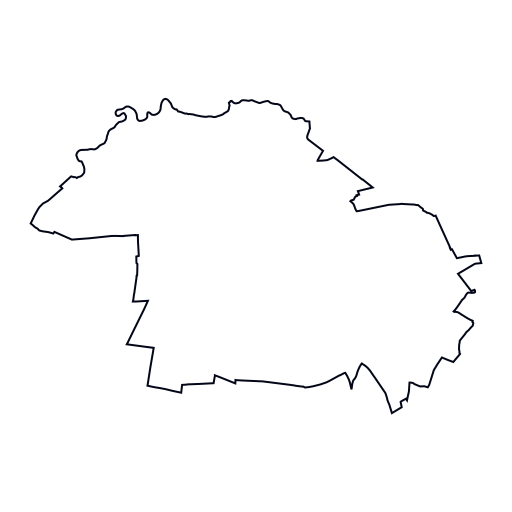 Brates, Covasna, Romania (Equal Earth projection)
{"feature_id": "2599482B24019470005720", "entity_name": "Brates", "entity_type": "district", "adm_level": 2, "iso_a3": "ROU", "parent_name": "Romania", "parent_adm1": "Covasna", "projection": "equal_earth", "projection_center": [26.08, 45.839], "detail": "fine", "context": "isolated", "style": "outline", "palette": "ink", "viewbox_px": 512, "rotation_deg": 0, "n_neighbors": 0, "source": "geoboundaries", "source_scale": "gbopen_adm2", "svg_char_len": 6037}
<svg xmlns="http://www.w3.org/2000/svg" viewBox="0 0 512 512"><path d="M126.8,344.3L153.7,347.9L150.5,366.5L147.5,385.7L153.9,387.1L160.1,388.1L165.3,389.1L172.7,390.9L181.2,392.7L182.1,384.9L186.8,384.6L187.2,384.4L200.2,383.9L213.6,383.2L214.9,375.7L214.9,375.3L220.9,377.6L235.3,383.4L235.5,380.0L235.8,380.1L242.5,380.5L262.8,381.4L290.5,384.9L294.7,385.5L295.2,385.7L302.2,386.6L303.5,386.6L304.0,387.0L305.0,387.5L308.7,387.1L312.6,386.4L320.2,384.5L326.6,382.3L329.6,380.8L339.4,375.4L339.8,375.4L344.0,373.2L345.2,372.8L345.7,373.5L347.3,376.2L348.8,379.4L349.8,382.3L351.5,389.4L352.0,386.0L352.2,384.3L352.9,381.4L353.4,380.3L355.0,378.3L355.9,376.7L356.3,375.8L357.6,371.4L358.7,368.8L359.4,367.2L360.1,366.0L361.1,364.4L361.8,363.5L365.4,365.9L367.5,367.7L370.0,370.6L373.9,376.3L375.2,378.1L383.5,390.3L385.3,392.9L386.4,396.0L387.2,398.7L387.4,400.0L388.1,401.9L389.3,404.6L391.9,413.1L401.7,407.2L400.6,401.9L401.0,401.5L403.4,400.1L406.0,398.7L407.0,400.3L407.7,396.9L408.9,391.6L409.5,382.6L410.9,382.6L413.0,383.0L414.3,384.0L418.5,385.8L420.5,386.5L421.6,386.3L422.7,386.4L424.1,386.2L427.8,387.3L429.2,384.9L433.8,370.2L437.1,364.7L441.9,357.5L448.2,360.1L453.3,362.0L460.1,353.9L459.5,353.1L459.4,352.8L459.5,351.8L459.0,349.1L459.2,344.4L459.6,342.7L459.8,340.6L465.2,333.9L465.3,333.6L466.5,332.0L468.5,330.3L471.2,327.2L472.4,326.1L472.8,325.5L472.9,324.6L473.3,323.5L473.2,322.9L473.0,322.4L472.4,321.9L472.7,320.8L469.9,319.6L467.2,318.1L461.9,314.8L458.4,312.5L456.8,312.0L455.3,311.8L454.2,311.9L453.6,311.4L454.9,310.1L456.6,307.9L460.9,301.7L461.6,300.6L461.7,300.3L464.5,297.7L465.9,295.0L467.1,293.4L468.0,292.7L468.7,292.6L469.5,292.7L470.8,292.7L471.6,292.9L473.0,292.8L474.0,292.7L475.0,292.2L475.0,291.5L474.9,290.4L474.5,289.8L471.2,291.0L458.0,273.8L474.2,264.2L475.3,263.7L475.9,263.6L481.3,263.1L479.2,255.5L475.6,255.6L475.1,255.5L475.0,255.8L468.5,256.1L465.6,256.4L456.9,258.2L452.0,249.3L450.8,249.8L450.0,248.1L450.3,248.0L449.2,245.5L442.2,230.1L438.7,222.4L436.1,216.6L435.7,215.6L433.8,216.1L432.4,214.9L429.5,213.3L426.6,212.6L426.3,212.1L423.1,210.5L422.9,209.0L422.7,208.7L420.7,207.3L418.4,205.3L417.8,205.0L416.6,205.1L414.6,204.6L403.0,204.0L402.0,203.8L399.6,204.1L388.8,204.8L360.5,210.6L358.0,211.1L356.6,211.2L355.3,208.8L354.5,206.4L353.6,204.2L351.7,202.2L350.4,201.2L351.0,200.5L353.7,199.7L355.2,196.8L356.4,196.1L356.9,196.0L356.6,195.2L359.1,194.6L357.9,191.1L372.7,187.5L362.6,179.4L362.2,179.5L337.3,159.9L333.5,157.1L332.0,158.0L327.6,160.0L325.8,160.3L322.3,160.6L317.6,160.8L317.8,159.9L323.0,150.8L308.7,139.9L308.1,139.4L307.4,138.5L307.3,137.9L307.1,137.1L307.2,136.5L307.3,135.8L310.0,128.3L309.9,128.2L309.4,121.5L305.8,121.2L305.4,121.1L305.1,120.8L303.5,118.5L302.0,118.0L301.0,117.9L297.9,118.4L297.0,118.6L296.3,119.0L295.7,119.1L293.2,118.7L292.5,118.3L291.9,117.7L291.4,116.8L290.6,114.9L288.4,112.6L287.0,112.0L284.4,111.2L283.1,110.0L280.7,105.7L280.2,105.2L278.8,104.5L276.9,104.0L275.2,104.0L272.5,103.5L270.8,102.9L269.9,102.4L268.5,101.2L268.1,101.1L267.3,101.0L264.7,101.5L262.0,102.3L260.8,102.8L259.8,103.0L258.6,102.8L255.1,101.5L252.1,100.2L251.1,100.2L249.0,100.8L246.8,100.6L246.0,100.4L243.4,100.2L241.9,100.4L240.8,101.1L239.9,102.1L238.7,102.8L236.4,103.3L235.0,103.3L233.5,102.7L231.7,100.9L230.8,101.0L230.5,101.2L230.6,101.6L229.3,102.4L228.9,102.7L229.6,105.7L229.2,106.7L228.9,108.8L228.2,110.8L226.8,111.8L225.7,112.4L224.1,113.3L223.3,114.1L222.3,114.6L220.7,115.3L218.8,115.8L216.6,116.6L215.2,117.0L214.6,117.1L212.9,116.9L211.7,116.5L211.1,116.5L208.6,116.4L206.5,116.8L204.8,116.8L201.0,116.3L195.5,115.2L193.4,114.5L189.3,114.0L188.7,114.2L186.3,113.5L185.7,113.6L184.7,113.5L181.0,112.1L179.7,111.7L178.2,111.5L176.6,109.4L175.4,109.4L173.5,108.3L172.3,107.1L170.9,103.5L168.2,100.2L167.4,99.6L166.7,99.2L165.4,98.9L164.4,99.1L163.8,99.5L163.0,100.2L162.2,101.5L161.6,102.7L161.1,104.7L160.8,106.4L160.6,108.7L160.4,109.8L159.9,110.9L159.0,112.3L157.9,113.3L156.7,114.1L155.7,114.5L154.7,114.8L153.5,114.9L152.6,114.8L151.8,114.6L151.0,114.0L150.3,113.2L149.0,112.4L148.1,112.3L147.7,112.6L147.4,113.3L147.2,114.9L147.3,116.0L147.2,116.9L146.8,117.9L146.4,118.4L144.9,119.6L142.7,120.5L140.7,120.9L139.5,120.9L138.6,120.6L137.9,119.9L137.2,118.7L136.7,114.5L136.3,113.2L135.8,112.3L135.3,111.3L134.7,110.4L134.1,109.8L132.8,108.8L129.7,107.0L128.7,106.6L127.4,106.5L126.4,106.6L125.5,107.0L123.3,108.6L121.6,109.2L117.5,109.8L117.0,110.2L116.0,111.5L115.7,112.3L115.6,113.0L115.7,113.8L116.1,114.8L116.4,115.3L117.0,115.7L117.7,116.0L118.7,115.9L119.5,115.7L121.1,114.4L122.2,113.6L123.1,113.2L123.7,113.1L124.4,113.4L126.0,116.1L126.0,117.1L125.7,118.8L125.5,119.2L124.7,120.1L122.7,121.2L121.9,121.5L119.3,122.0L118.6,122.4L116.8,124.1L115.8,125.2L114.7,127.0L114.2,127.5L112.5,128.5L111.5,128.9L110.1,129.8L109.3,130.6L108.9,131.1L108.4,131.9L107.9,133.9L107.1,135.8L106.8,137.1L106.7,138.4L106.3,139.8L105.8,140.8L104.7,142.9L103.8,143.6L100.9,144.9L99.7,145.6L97.3,148.0L95.8,148.9L94.8,149.3L94.1,149.4L91.5,149.1L90.3,149.1L87.2,149.8L85.9,149.8L82.7,149.9L80.9,150.0L79.4,150.5L78.8,150.9L78.0,151.6L77.2,152.7L76.4,154.5L76.3,155.1L76.6,156.1L77.0,157.0L77.2,157.9L77.7,159.0L78.3,160.0L78.9,160.8L79.5,161.1L80.1,161.3L81.0,161.3L81.5,161.4L82.2,162.6L83.9,166.6L84.4,169.1L84.2,172.5L83.3,173.9L82.2,175.2L80.8,176.3L79.7,176.7L77.9,177.2L76.9,178.0L75.5,177.2L73.7,177.1L71.1,176.4L60.1,186.4L61.7,187.6L62.3,188.3L48.6,200.3L47.8,200.9L43.0,203.5L39.5,207.0L38.2,208.9L34.6,215.3L30.7,223.5L32.6,225.0L35.0,227.2L37.6,228.7L39.2,230.4L39.8,230.6L42.6,231.3L48.3,232.1L53.3,233.5L54.4,231.9L71.9,239.6L89.1,238.3L111.3,236.0L116.2,235.9L117.9,236.0L123.5,236.1L123.6,235.9L135.2,235.0L135.2,235.3L137.9,235.1L138.0,241.7L138.8,255.9L136.3,256.5L136.4,261.1L136.5,263.1L137.4,264.0L137.3,270.6L137.1,275.5L136.6,275.7L136.4,278.3L134.2,293.7L134.0,294.2L133.4,299.1L132.9,301.5L136.7,301.5L147.9,300.8L145.2,306.8L143.8,309.8L133.1,331.5L127.8,342.4L126.8,344.3Z" fill="none" stroke="#020617" stroke-width="2"/></svg>